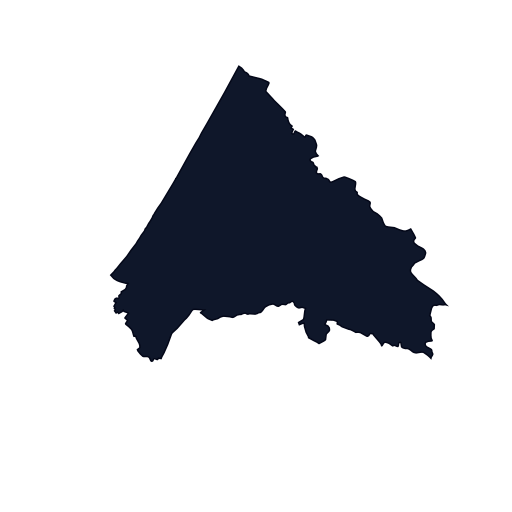 Thang Binh, Quàng Nam, Vietnam (Mercator projection), rotated 241°
{"feature_id": "81297802B72056692107631", "entity_name": "Thang Binh", "entity_type": "district", "adm_level": 2, "iso_a3": "VNM", "parent_name": "Vietnam", "parent_adm1": "Quàng Nam", "projection": "mercator", "projection_center": [108.347, 15.708], "detail": "fine", "context": "isolated", "style": "filled", "palette": "ink", "viewbox_px": 512, "rotation_deg": 241, "n_neighbors": 0, "source": "geoboundaries", "source_scale": "gbopen_adm2", "svg_char_len": 6118}
<svg xmlns="http://www.w3.org/2000/svg" viewBox="0 0 512 512"><g transform="rotate(241 256 256)"><path d="M212.3,123.3L213.5,124.7L215.9,128.5L221.5,135.9L228.7,144.2L229.4,145.4L231.0,152.0L234.8,162.5L235.4,165.0L236.8,168.6L239.3,173.4L239.6,174.3L239.7,175.2L239.0,176.8L233.9,184.6L233.4,180.1L233.1,180.0L232.2,180.6L225.6,183.1L224.3,183.8L220.9,186.5L220.9,187.9L219.8,192.1L219.9,195.3L219.3,198.1L218.8,199.0L215.7,203.5L213.8,205.6L213.5,206.3L213.4,207.5L213.6,210.8L212.8,213.3L212.1,214.6L212.0,216.5L211.6,218.1L211.0,219.2L209.5,220.1L209.0,220.9L208.6,222.5L205.6,227.1L205.1,229.3L205.2,230.6L204.5,232.5L204.6,233.4L205.2,235.2L206.6,238.1L207.0,239.5L207.0,243.5L206.0,247.1L205.6,247.9L204.0,249.0L202.2,250.0L201.3,251.0L201.1,251.5L201.3,254.5L201.2,255.2L200.6,256.3L199.1,258.3L199.1,258.9L199.5,261.1L198.8,262.8L199.0,264.7L198.9,265.5L198.7,265.9L197.9,266.5L196.5,266.7L194.7,266.2L193.9,266.2L191.8,266.9L190.6,267.6L190.0,268.1L189.6,268.8L189.0,270.9L188.6,271.7L186.2,273.9L184.2,272.0L179.1,268.3L178.0,267.3L177.4,266.4L177.2,261.0L174.9,260.6L174.5,264.2L174.0,265.4L173.7,265.5L170.7,264.2L165.0,262.9L160.1,262.8L159.0,262.4L153.8,265.7L151.2,267.5L148.9,268.7L148.8,273.9L148.9,275.5L149.2,276.3L153.5,279.4L153.9,280.2L154.8,283.3L155.6,284.4L157.5,285.2L159.8,285.0L162.7,283.0L162.9,283.1L164.0,284.9L165.7,286.8L165.6,287.3L162.3,292.8L159.3,295.4L158.8,295.2L157.3,294.1L157.1,294.1L155.1,295.7L152.4,297.0L147.0,301.6L145.7,303.1L142.5,305.3L140.9,306.2L139.8,308.5L138.4,310.2L132.2,314.0L131.7,314.7L131.8,316.1L132.7,317.6L132.9,318.2L131.7,320.0L131.5,320.6L130.3,320.5L120.9,322.4L119.3,322.6L118.6,322.7L116.6,322.4L116.5,322.8L117.9,325.3L118.2,326.4L118.0,327.3L116.6,328.8L115.0,330.1L111.2,331.9L111.1,332.1L110.9,333.5L110.7,333.9L108.8,335.4L108.3,335.9L108.1,336.3L108.5,337.0L110.2,338.2L110.7,338.8L110.8,339.5L110.5,340.6L109.9,340.7L106.0,339.3L104.9,339.7L103.6,340.8L102.6,341.9L101.8,343.5L100.6,344.6L98.6,345.7L96.3,346.6L95.0,347.5L93.6,349.1L91.9,353.8L91.1,355.2L90.4,355.9L86.1,358.0L83.6,358.9L81.7,359.4L82.6,360.2L83.6,362.0L84.3,362.9L85.0,363.2L86.6,363.3L88.5,364.0L89.2,364.0L90.2,363.5L93.8,361.2L94.8,360.9L95.9,360.9L97.3,361.3L98.2,362.5L98.2,363.2L97.9,365.3L96.6,368.3L96.5,368.8L96.7,369.1L99.2,369.3L101.7,370.4L104.3,371.9L105.1,372.6L105.7,373.9L106.0,376.5L109.5,378.7L110.5,378.6L113.0,377.7L113.5,377.7L114.3,377.8L117.2,379.2L118.7,379.3L119.6,379.0L124.9,383.9L125.6,384.7L126.5,386.3L126.7,386.8L126.4,388.5L125.3,390.0L124.9,392.1L124.7,392.8L122.5,396.0L121.7,398.0L120.9,398.8L122.3,398.4L127.7,397.8L132.4,396.7L135.4,395.7L139.4,394.1L149.3,388.8L155.9,385.6L156.6,385.3L158.7,385.1L164.3,383.7L166.8,383.4L168.4,384.0L169.3,384.6L171.0,386.6L172.0,389.5L172.9,391.2L172.8,396.0L172.5,399.4L172.7,401.3L173.0,402.1L174.0,403.4L176.0,405.5L176.8,406.0L178.7,406.3L180.9,405.8L182.5,404.9L186.3,402.3L190.5,400.6L191.8,400.7L192.8,401.2L193.6,402.1L194.4,404.1L194.7,404.3L198.3,404.5L204.6,404.4L204.7,401.7L205.1,399.6L205.4,398.6L206.7,396.7L209.4,394.1L213.7,390.7L217.2,385.8L218.5,384.3L219.6,383.5L221.5,383.4L223.6,383.5L228.2,384.3L231.0,383.6L234.2,382.4L238.1,380.0L241.2,379.4L242.6,379.3L244.0,379.4L244.7,379.7L247.0,381.6L247.9,381.8L249.7,381.0L253.2,378.4L256.5,376.3L258.4,375.2L260.5,374.4L261.2,374.5L262.5,375.3L262.8,375.3L264.5,374.5L266.1,374.7L267.0,375.1L270.7,378.0L271.9,378.7L272.8,378.9L273.4,378.6L275.4,377.3L279.0,374.5L281.9,372.0L282.4,371.3L283.4,366.0L283.8,359.3L284.1,357.4L284.4,356.9L285.3,356.6L287.8,356.4L290.0,354.9L291.1,353.1L292.0,352.7L292.5,352.5L295.0,352.7L296.5,352.3L296.8,351.9L297.8,349.9L298.4,349.5L299.4,349.1L300.8,350.0L302.5,351.9L304.0,352.3L304.4,352.2L304.9,351.4L305.8,351.4L307.2,350.8L309.8,351.2L310.6,351.0L311.7,350.0L312.6,349.8L314.0,349.7L314.6,350.8L314.7,351.5L314.7,354.2L313.5,358.2L313.5,358.9L316.1,358.3L318.4,358.5L319.1,358.8L321.8,361.5L323.3,362.6L324.2,362.9L326.4,363.3L328.9,363.7L329.8,363.6L332.2,363.0L333.4,362.3L337.2,358.9L337.4,358.5L337.2,358.0L336.3,356.8L336.3,356.3L336.8,356.0L340.8,354.4L342.6,353.4L344.4,352.1L346.2,351.1L346.2,350.7L344.4,348.1L344.7,347.5L345.6,346.8L346.0,346.7L346.2,346.8L348.7,350.0L351.0,348.6L352.1,350.5L352.3,350.5L354.0,349.7L355.6,349.4L357.4,349.5L359.5,349.9L361.4,350.6L361.8,350.6L362.8,349.6L363.8,349.4L364.8,349.4L365.6,349.7L367.5,351.4L367.9,351.5L371.6,350.6L383.2,347.2L384.8,346.9L395.0,344.4L395.8,344.7L397.6,346.5L399.9,349.9L401.0,351.2L401.7,351.3L407.9,346.7L416.8,337.2L418.6,337.3L420.7,336.6L422.8,335.1L424.5,335.1L427.3,334.5L430.3,333.0L414.3,307.9L395.4,277.1L389.9,267.9L387.0,263.7L384.2,258.6L377.4,247.4L363.6,225.4L362.8,224.3L362.7,223.4L362.2,223.0L359.2,218.0L348.1,198.8L345.6,193.5L342.6,188.1L341.8,187.0L341.3,185.7L339.6,183.6L337.4,179.8L336.6,178.1L333.8,173.8L333.8,173.1L333.5,172.4L331.9,170.5L329.7,165.6L328.1,163.0L326.4,159.6L324.9,157.2L321.6,149.5L318.2,142.7L314.9,133.8L312.5,128.0L312.0,126.2L311.1,124.3L309.7,119.7L305.4,120.7L304.0,121.4L301.8,122.7L299.4,124.7L295.6,128.6L295.0,129.3L294.3,130.7L294.0,130.9L292.5,128.3L291.3,127.5L290.4,126.0L290.1,125.0L290.0,120.8L289.9,120.6L288.8,120.4L288.5,120.1L287.8,117.1L287.5,116.6L286.2,116.4L286.0,116.2L285.6,114.8L285.9,114.3L286.6,114.0L286.9,112.4L286.7,111.7L286.3,111.1L285.4,109.9L284.8,110.0L283.2,111.1L280.9,107.4L279.2,107.5L278.8,106.7L277.3,107.0L276.9,106.9L276.6,105.7L274.0,106.0L273.9,107.9L272.3,108.1L272.3,111.8L273.0,113.5L272.3,113.5L271.5,113.7L268.0,116.8L267.8,116.8L265.5,111.5L265.2,111.3L262.0,112.5L261.8,112.4L260.2,109.3L259.9,109.1L259.3,109.1L255.9,110.5L252.5,111.5L251.2,111.6L249.7,111.4L245.1,110.3L244.9,110.4L244.2,111.8L243.8,111.9L242.7,111.6L241.4,111.5L236.3,111.5L234.3,111.1L232.4,110.2L232.0,109.6L231.6,106.9L230.3,106.7L226.3,107.4L223.2,108.4L222.4,109.2L221.1,111.7L220.6,112.4L219.9,113.1L219.0,113.4L218.3,113.5L215.9,113.3L215.2,113.3L214.8,113.5L214.4,113.9L214.4,114.9L215.6,116.6L215.6,117.2L215.0,118.0L213.6,119.1L213.2,119.7L213.2,119.9L214.0,121.0L212.3,123.3Z" fill="#0f172a" stroke="#020617" stroke-width="1.5"/></g></svg>